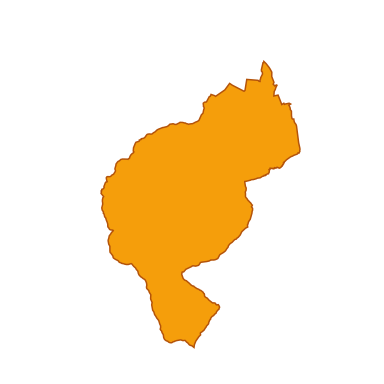 the district of Ojdula, Covasna, Romania, rotated 112°
{"feature_id": "2599482B36842816770363", "entity_name": "Ojdula", "entity_type": "district", "adm_level": 2, "iso_a3": "ROU", "parent_name": "Romania", "parent_adm1": "Covasna", "projection": "orthographic", "projection_center": [26.315, 45.972], "detail": "fine", "context": "isolated", "style": "filled", "palette": "amber", "viewbox_px": 384, "rotation_deg": 112, "n_neighbors": 0, "source": "geoboundaries", "source_scale": "gbopen_adm2", "svg_char_len": 6098}
<svg xmlns="http://www.w3.org/2000/svg" viewBox="0 0 384 384"><g transform="rotate(112 192 192)"><path d="M278.8,245.2L279.0,244.5L280.6,241.9L281.2,241.2L282.2,240.6L282.6,240.1L283.1,238.0L283.4,234.6L284.2,233.5L284.4,232.9L284.3,231.6L284.5,230.4L284.1,228.2L284.1,227.4L283.8,225.6L283.4,224.9L283.4,224.7L283.2,224.1L281.2,221.6L281.2,221.0L282.8,218.1L283.6,215.8L284.7,214.6L285.4,213.0L285.8,212.5L287.8,211.1L288.9,209.8L289.9,207.5L290.0,206.6L290.6,204.8L290.8,203.1L291.2,202.4L292.1,201.3L293.4,200.1L295.3,199.0L297.2,198.6L298.2,198.0L298.7,197.3L299.5,195.3L301.0,194.0L302.7,191.7L306.2,190.5L306.9,190.1L309.4,187.6L311.7,187.1L316.3,184.2L317.5,182.4L319.7,180.7L320.7,179.1L322.1,177.4L323.3,175.2L324.1,174.3L326.4,172.5L327.8,171.0L329.5,170.3L331.1,170.1L331.8,169.2L332.3,168.1L333.7,167.0L335.0,165.2L337.6,163.7L338.9,162.3L339.2,161.6L339.6,160.1L339.5,158.6L339.9,157.5L340.0,156.6L339.7,155.0L339.2,154.2L338.2,153.6L337.4,152.5L337.1,152.4L335.6,150.7L333.5,147.4L333.3,146.8L333.2,144.7L332.2,142.9L332.3,142.5L333.2,140.8L333.4,139.6L334.7,137.2L334.8,136.1L334.6,134.6L335.4,131.9L332.6,132.6L328.7,132.6L323.4,131.4L321.3,130.5L320.0,131.3L319.3,131.4L317.1,129.8L316.6,129.8L315.6,129.1L313.1,128.7L312.4,128.4L310.7,128.3L308.7,127.5L308.0,127.3L306.7,127.6L305.0,127.6L303.8,127.5L302.8,127.1L302.3,127.4L302.0,127.4L299.9,126.8L298.5,125.7L296.8,125.2L295.3,124.3L293.7,124.4L291.4,123.6L290.7,123.1L290.1,123.3L288.7,123.2L287.8,123.8L286.6,125.4L286.6,125.6L287.3,126.5L287.4,127.0L287.3,127.6L286.4,128.6L286.5,129.9L287.1,131.3L287.1,131.7L285.8,136.0L284.7,138.0L284.5,139.8L284.3,140.6L283.7,141.4L282.5,142.0L281.8,142.5L281.3,143.7L280.8,144.1L280.6,144.7L279.9,147.2L280.1,148.1L279.7,149.1L279.7,151.4L279.5,152.3L279.0,154.6L278.6,155.2L278.8,155.5L278.9,155.9L278.8,157.1L278.6,157.9L277.4,160.9L276.8,162.9L276.4,163.8L276.4,166.0L275.5,167.8L272.9,170.1L272.2,170.7L270.2,171.1L269.9,171.1L269.5,170.5L269.2,169.8L265.9,168.7L261.2,164.4L260.4,164.0L260.0,163.3L259.3,160.7L258.6,159.9L258.0,159.0L257.4,158.4L255.9,158.0L254.3,157.8L253.7,157.2L250.9,152.2L249.4,150.1L248.1,149.2L246.8,146.2L245.9,144.9L244.2,143.3L243.7,143.1L239.6,142.7L236.2,140.1L234.0,138.9L231.5,138.5L229.8,137.9L228.1,138.1L225.6,137.3L223.7,136.0L220.1,134.6L219.2,133.4L217.5,132.8L216.8,132.2L213.8,131.2L210.6,131.0L210.0,130.9L205.5,128.8L203.6,127.2L202.7,127.8L201.4,128.3L201.0,128.1L198.4,128.4L195.4,127.8L189.1,128.5L187.5,129.0L186.3,129.0L184.8,129.5L184.2,130.0L183.5,131.3L182.6,131.1L181.6,131.1L181.5,131.6L180.1,133.6L179.5,135.3L179.1,135.8L178.9,136.7L177.4,138.8L176.9,140.0L176.2,140.7L173.5,141.8L172.1,142.6L170.2,142.5L168.4,143.1L167.6,143.6L167.0,144.4L163.6,146.5L162.5,147.0L162.2,146.4L159.2,142.3L158.3,141.5L157.5,139.8L155.7,137.5L154.7,136.6L153.2,134.0L151.1,132.6L150.8,132.0L150.2,131.5L149.7,131.4L149.7,130.8L149.2,130.1L149.0,129.9L148.5,130.2L148.3,129.7L147.8,129.5L146.8,128.7L146.6,128.1L146.4,127.9L145.8,128.1L145.1,127.8L143.4,128.2L142.9,128.4L142.5,128.9L142.1,128.4L141.7,128.6L141.4,128.2L140.7,128.5L140.5,128.0L140.7,127.5L140.2,127.1L140.0,126.5L140.0,126.0L140.2,125.7L140.1,125.3L139.5,125.1L139.5,124.7L139.0,124.8L138.6,124.6L138.8,124.2L138.8,123.9L138.6,123.6L138.3,123.6L138.1,122.8L137.5,122.7L137.2,122.3L137.1,121.6L137.3,121.3L137.1,120.8L137.2,120.2L137.0,119.6L135.3,118.6L134.4,118.5L134.2,118.1L133.8,118.2L133.1,117.9L132.6,118.1L132.5,117.9L131.4,117.6L131.2,117.6L130.8,118.1L130.1,117.6L129.8,117.9L128.4,117.1L126.8,116.5L122.4,113.7L120.8,112.0L120.0,111.5L117.6,108.8L117.0,108.4L115.9,108.3L115.9,107.4L113.9,107.2L113.3,107.6L111.9,107.9L110.7,108.6L106.5,111.5L91.7,119.8L90.4,120.9L89.2,122.9L88.0,123.9L86.2,125.0L86.7,126.0L86.4,126.8L84.3,128.2L79.8,130.1L78.8,131.7L77.3,132.5L75.9,133.8L75.2,134.8L73.5,133.5L73.3,135.0L73.5,135.5L75.5,138.5L76.1,139.1L75.3,140.1L77.3,141.5L69.9,148.5L72.3,152.1L68.1,153.4L65.4,153.2L64.0,153.4L61.2,153.2L61.1,153.7L62.3,155.0L62.6,155.1L61.6,157.1L59.6,157.1L55.1,161.3L51.0,162.9L48.7,165.7L47.7,167.1L45.3,171.2L44.0,174.3L45.3,174.1L45.5,174.6L52.5,173.5L53.9,172.9L54.4,171.8L56.2,170.8L60.2,171.1L61.8,170.8L62.6,170.9L64.0,170.3L64.3,171.3L63.8,172.3L63.8,172.8L67.1,183.4L78.0,180.9L79.1,181.5L77.9,194.6L77.2,197.8L85.1,199.8L94.5,206.0L94.2,207.0L94.4,210.9L96.4,210.9L97.1,211.7L102.8,212.3L103.4,212.7L103.8,213.7L104.2,214.1L105.4,214.8L106.1,214.6L107.2,213.9L108.3,213.5L108.6,213.0L109.6,212.1L111.9,211.9L114.3,211.4L115.0,211.4L116.9,212.2L122.9,212.4L124.4,213.3L125.9,214.9L128.4,217.0L129.1,218.4L130.1,220.1L130.5,220.4L130.5,221.5L130.7,222.9L130.5,224.0L130.8,224.6L130.9,225.9L131.1,227.0L131.8,228.9L132.0,229.3L132.6,229.6L135.3,232.0L135.8,233.4L135.7,233.9L135.8,235.1L136.3,235.9L137.4,237.9L139.5,238.8L140.8,239.8L142.7,242.4L143.2,243.3L146.4,246.7L147.8,247.8L149.5,248.5L150.6,249.1L151.4,249.9L153.0,250.7L153.8,251.7L153.9,252.7L154.8,254.5L155.6,255.3L157.0,255.7L158.2,255.9L159.5,256.4L160.4,257.1L161.6,259.0L162.3,258.8L163.6,260.3L164.1,260.0L164.8,260.1L166.9,262.6L168.2,262.8L172.9,262.8L176.1,261.8L176.6,260.9L177.5,261.0L178.9,261.9L180.9,262.7L183.2,262.8L184.0,262.6L185.4,263.6L185.7,263.6L185.8,264.3L187.4,268.6L188.5,270.2L190.3,271.0L191.2,271.9L192.1,272.3L194.5,272.9L196.1,272.5L198.3,272.3L199.5,272.1L200.8,271.0L201.5,270.8L204.9,271.4L206.3,272.6L208.0,273.3L208.6,274.0L209.4,276.1L210.0,276.7L210.9,276.8L211.5,276.5L213.4,275.3L214.2,274.5L214.6,274.8L215.1,275.6L215.8,275.8L219.9,275.7L220.9,275.1L222.6,275.7L223.3,276.6L224.8,276.2L225.1,276.6L226.2,275.9L227.2,275.9L227.4,275.7L229.4,272.2L229.7,272.2L230.5,272.5L232.5,272.2L234.0,271.7L235.7,270.7L236.9,270.2L240.5,269.7L242.4,268.5L243.6,266.7L245.0,266.2L245.4,265.2L247.7,263.7L248.3,262.4L250.3,260.8L251.7,259.4L253.3,258.1L255.4,257.2L256.1,256.6L256.5,255.7L257.2,254.9L257.6,254.1L257.6,253.2L257.1,251.4L257.1,250.8L257.3,250.5L260.0,251.5L261.5,251.7L263.7,252.3L265.7,251.9L268.0,251.7L268.8,251.4L271.5,249.7L273.1,247.8L277.5,246.0L278.8,245.2Z" fill="#f59e0b" stroke="#b45309" stroke-width="1.5"/></g></svg>